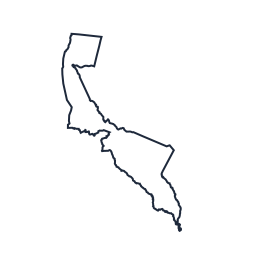 the district of Igembe Central, Eastern, Kenya, rotated 25°
{"feature_id": "3690345B70498422733273", "entity_name": "Igembe Central", "entity_type": "district", "adm_level": 2, "iso_a3": "KEN", "parent_name": "Kenya", "parent_adm1": "Eastern", "projection": "orthographic", "projection_center": [38.046, 0.325], "detail": "fine", "context": "isolated", "style": "outline", "palette": "slate", "viewbox_px": 256, "rotation_deg": 25, "n_neighbors": 0, "source": "geoboundaries", "source_scale": "gbopen_adm2", "svg_char_len": 5935}
<svg xmlns="http://www.w3.org/2000/svg" viewBox="0 0 256 256"><g transform="rotate(25 128 128)"><path d="M173.1,126.1L172.7,126.4L170.8,128.3L145.4,129.2L134.6,129.5L133.7,130.1L132.5,130.1L131.5,130.3L128.1,131.9L125.5,131.2L124.1,130.0L123.1,130.2L122.0,131.5L121.3,131.6L120.3,133.0L119.8,133.5L118.2,133.1L117.2,132.1L115.0,131.3L114.6,130.9L113.6,130.8L112.9,130.6L112.6,130.7L112.0,130.7L110.1,131.1L109.4,131.2L108.6,130.6L107.5,129.2L107.0,129.0L106.5,128.6L106.2,128.6L105.5,131.1L105.1,131.6L104.9,132.3L104.5,132.2L104.3,132.0L104.1,132.1L103.2,131.6L103.4,131.3L102.9,131.2L101.9,130.6L101.3,129.1L101.0,128.4L98.7,127.4L97.5,126.6L96.8,126.5L95.8,126.6L95.7,126.4L95.8,126.1L95.5,125.7L95.0,125.8L94.8,125.6L94.1,125.4L93.7,124.9L92.9,124.7L92.7,124.5L92.5,123.2L92.2,122.4L91.8,122.2L91.7,121.6L91.4,121.5L90.3,121.9L89.3,121.2L89.1,120.8L89.1,120.3L88.1,120.1L86.6,119.0L84.5,118.6L83.3,118.8L83.0,119.1L82.7,119.3L81.6,118.8L81.2,117.9L62.8,102.4L62.4,101.4L62.2,101.2L61.8,100.7L60.9,100.0L60.0,99.9L59.7,99.9L59.4,99.7L59.1,99.1L57.7,98.0L57.6,97.6L57.2,97.3L56.4,96.9L55.9,96.6L55.4,96.4L55.3,96.1L54.2,95.7L53.1,95.8L53.0,95.5L52.7,95.3L51.3,95.0L51.1,94.7L51.1,94.3L51.5,93.8L52.9,94.0L53.4,93.9L54.3,93.6L55.0,93.0L55.2,92.9L58.3,93.3L59.1,93.3L60.5,92.6L62.3,90.2L63.3,89.5L64.6,88.9L65.6,88.8L66.4,88.5L67.4,87.8L68.1,87.0L69.2,86.7L71.3,86.4L69.0,75.0L67.3,65.9L66.1,60.3L65.5,56.6L44.0,63.9L37.0,66.5L37.2,67.2L37.6,67.6L37.5,68.2L37.2,68.6L37.5,70.7L37.6,71.0L38.2,71.6L38.6,72.2L38.8,72.7L38.8,73.2L39.2,74.2L39.5,76.1L39.3,76.5L39.3,78.5L40.0,79.9L39.8,82.4L39.2,83.2L39.2,84.8L38.6,85.3L38.6,85.7L40.0,92.4L42.1,97.7L43.4,99.9L43.4,100.9L43.2,101.8L45.9,107.2L50.6,115.1L60.8,128.4L68.2,132.9L69.0,136.2L69.3,141.2L71.5,146.6L73.1,148.7L72.2,150.4L73.5,153.3L77.5,151.3L78.5,151.2L78.6,151.5L79.7,151.4L79.8,150.7L81.4,150.6L83.7,149.6L84.2,150.4L85.0,150.2L86.8,152.0L87.2,151.8L87.4,152.1L88.4,150.7L89.3,149.8L90.0,148.6L90.1,147.8L90.4,147.8L90.6,148.0L91.3,149.6L92.0,149.3L92.9,148.7L93.9,147.7L94.2,147.9L94.9,149.2L95.7,150.0L95.9,150.1L96.5,149.9L98.1,148.4L98.6,148.5L100.6,149.3L100.9,148.9L100.9,148.6L100.3,147.5L101.7,146.3L102.1,145.8L102.2,145.4L103.0,144.7L102.5,143.4L103.5,142.2L103.8,142.2L105.2,141.6L106.0,141.2L106.6,140.7L106.9,140.2L113.1,139.7L113.0,139.9L112.9,141.8L113.2,142.1L113.5,142.2L113.3,142.9L112.1,144.4L112.8,144.6L112.5,146.1L111.2,146.8L110.7,147.2L110.1,147.9L109.3,148.4L109.1,148.6L109.0,149.0L109.0,149.4L109.2,149.8L109.2,150.1L108.9,150.5L110.5,152.5L110.9,152.6L111.2,152.9L111.6,153.7L112.5,154.1L113.0,154.2L113.5,154.5L113.1,155.7L113.1,156.3L113.2,156.6L113.9,158.1L114.0,158.8L114.0,159.7L114.3,159.9L116.1,158.8L119.7,157.0L120.4,156.0L120.6,155.8L121.2,155.7L122.1,156.0L122.9,156.5L123.0,156.7L124.0,157.6L124.4,158.3L125.2,158.8L125.6,159.3L126.4,160.0L127.2,161.1L127.8,161.2L128.9,161.5L129.1,162.2L129.3,162.5L129.8,162.7L130.0,163.0L130.9,165.1L131.0,165.6L131.2,165.9L132.0,166.5L132.7,166.7L132.8,167.0L133.4,167.2L134.0,167.9L134.3,167.7L135.2,167.9L135.6,167.7L136.0,167.7L136.8,168.2L137.8,168.5L138.1,168.6L139.6,168.9L139.8,169.0L140.1,169.6L140.4,169.5L140.6,168.9L141.3,168.9L142.2,168.6L142.6,168.6L144.3,169.2L145.6,169.3L146.7,170.0L147.1,170.6L147.8,170.9L148.6,170.9L149.7,171.3L150.3,171.0L150.8,171.0L151.7,171.1L152.0,171.3L153.1,171.7L153.6,171.9L153.9,172.2L154.5,173.1L154.7,173.4L155.0,173.5L156.4,173.5L157.4,174.3L159.0,174.6L159.2,174.2L159.6,174.2L160.3,173.9L161.7,173.8L162.3,173.5L162.7,174.1L164.1,174.7L164.5,175.3L165.5,175.5L166.2,175.8L167.0,175.8L167.2,176.0L167.9,176.2L169.3,176.1L169.4,176.4L170.8,176.9L171.4,177.7L172.0,178.2L173.1,178.1L174.1,178.7L175.2,178.7L176.7,178.5L177.3,178.2L177.6,178.4L177.8,179.2L178.4,179.1L178.7,179.2L178.6,179.6L178.8,179.9L179.5,179.9L179.7,180.5L180.3,180.7L180.5,181.1L180.3,181.5L180.4,181.8L180.9,182.0L181.2,182.3L181.0,182.6L181.3,182.8L181.8,183.8L181.9,185.0L182.6,185.7L183.3,187.1L183.8,187.5L183.9,187.8L183.8,188.3L184.5,188.6L185.0,189.4L185.6,189.7L186.0,189.8L186.9,189.7L187.3,190.0L188.4,189.9L189.0,190.2L190.1,190.2L190.2,189.7L190.5,189.3L190.4,189.1L190.4,188.7L190.6,188.6L191.7,188.5L192.4,187.5L193.0,187.2L193.2,186.9L193.6,186.9L194.5,187.7L194.8,187.9L195.0,187.9L195.6,187.6L196.4,187.6L197.0,188.3L197.5,188.2L197.5,187.5L197.7,187.2L198.5,187.1L198.8,187.1L199.4,187.5L199.3,187.9L199.5,188.0L200.9,187.7L202.1,187.6L203.1,187.0L203.9,187.4L205.3,187.4L205.8,187.7L206.0,187.9L206.0,188.8L207.2,189.5L207.7,190.2L207.8,190.5L208.3,191.0L208.5,191.2L208.4,191.7L208.6,191.9L210.9,192.7L211.1,193.5L211.5,194.0L211.7,194.5L212.0,194.9L212.3,195.0L212.6,195.0L213.2,194.7L214.1,194.6L214.3,194.5L214.8,194.5L215.0,194.7L216.1,197.3L216.4,197.7L217.5,198.6L217.4,199.0L217.6,199.2L218.2,199.4L219.0,198.2L218.9,197.6L218.7,197.1L218.1,196.7L217.5,196.8L216.7,196.4L216.1,195.5L216.1,194.6L216.0,194.3L215.9,193.6L215.4,193.4L213.4,193.2L213.0,193.1L212.6,192.4L212.5,191.3L212.3,190.9L211.9,190.6L211.7,189.4L211.8,188.6L212.2,187.1L212.0,185.8L211.6,184.5L211.3,183.8L211.3,183.2L210.3,181.1L210.3,180.1L210.0,179.0L209.3,177.9L208.8,177.5L208.3,177.4L207.9,177.0L206.4,176.2L206.1,175.0L205.5,174.7L205.0,174.0L204.7,173.7L204.1,173.7L203.4,172.9L202.7,172.6L202.3,172.7L201.9,172.6L200.4,171.3L200.1,170.9L199.6,170.5L199.1,169.7L199.0,169.0L199.2,168.8L199.0,168.0L198.7,167.9L198.1,167.8L197.7,167.4L197.4,167.2L196.7,166.2L196.2,165.7L195.7,165.6L195.5,165.4L194.2,164.5L193.9,164.2L193.9,163.7L193.0,163.4L192.5,163.7L191.9,163.6L190.5,161.7L189.7,161.4L189.5,161.1L189.2,160.9L189.1,160.6L187.9,160.8L187.6,160.7L187.2,160.8L186.6,160.4L186.2,160.4L185.3,159.6L183.8,158.7L181.9,158.3L181.4,158.0L181.2,158.0L180.9,157.9L180.7,157.6L180.4,157.5L180.1,158.1L179.9,158.0L179.1,157.3L178.7,156.6L178.2,156.2L178.1,155.9L178.2,155.7L177.7,155.0L177.7,152.3L178.9,128.8L173.1,126.1Z" fill="none" stroke="#1e293b" stroke-width="2"/></g></svg>